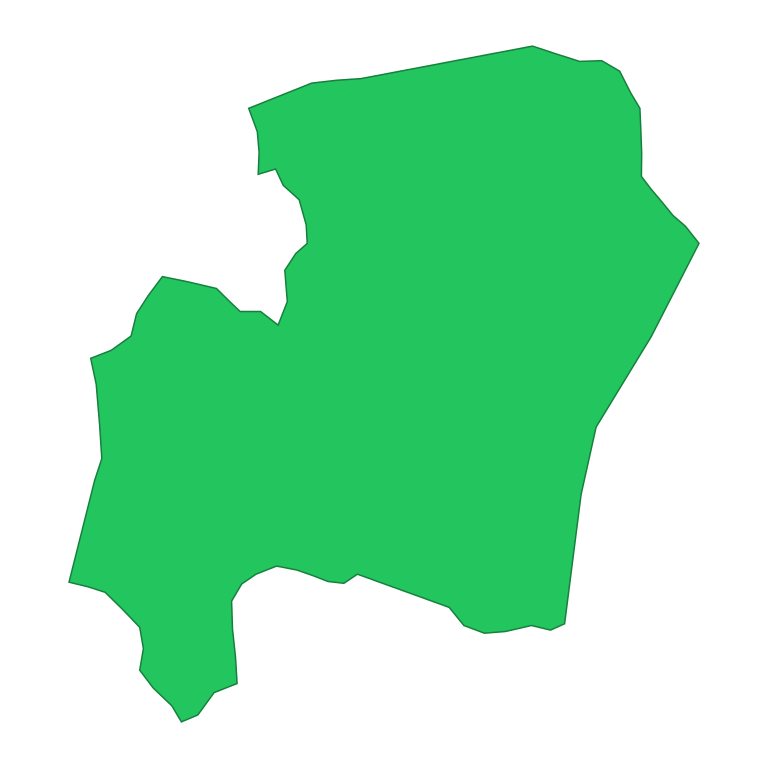 outline of Muniz Ferreira, Bahia, Brazil
{"feature_id": "56859067B35169228212454", "entity_name": "Muniz Ferreira", "entity_type": "district", "adm_level": 2, "iso_a3": "BRA", "parent_name": "Brazil", "parent_adm1": "Bahia", "projection": "robinson", "projection_center": [-39.098, -13.006], "detail": "fine", "context": "isolated", "style": "filled", "palette": "green", "viewbox_px": 768, "rotation_deg": 0, "n_neighbors": 0, "source": "geoboundaries", "source_scale": "gbopen_adm2", "svg_char_len": 1089}
<svg xmlns="http://www.w3.org/2000/svg" viewBox="0 0 768 768"><path d="M564.6,623.8L581.1,494.5L596.1,427.1L651.2,336.7L699.0,243.4L685.5,226.3L673.0,215.5L661.3,201.2L650.9,188.9L641.4,176.4L641.7,153.7L640.8,128.9L639.9,108.3L630.7,92.9L619.7,71.2L601.7,60.7L579.6,61.4L554.5,53.4L532.5,46.1L361.0,78.6L336.2,80.3L311.7,83.1L248.7,108.3L257.3,131.7L259.1,152.3L258.2,174.3L275.6,169.0L283.3,185.4L299.2,199.8L306.2,224.9L307.2,243.4L295.8,253.5L284.8,270.3L287.3,301.7L278.1,325.1L260.6,311.5L240.1,311.5L229.1,301.0L216.5,288.5L187.8,281.8L162.4,276.6L148.3,295.5L136.6,313.6L131.1,336.0L111.2,350.3L90.7,358.3L96.2,384.2L99.6,424.7L101.8,458.6L94.7,480.2L69.0,582.2L88.0,586.8L105.1,592.3L122.3,609.1L139.7,627.3L143.4,648.6L139.7,670.2L153.2,688.0L171.9,705.9L181.4,721.9L197.9,714.9L214.1,692.6L237.1,683.5L235.5,657.0L232.5,629.0L231.6,601.1L241.7,584.0L256.0,574.2L276.5,566.1L296.8,570.0L311.7,575.2L328.0,581.5L343.9,583.3L357.4,574.2L449.2,607.4L463.9,625.5L484.4,633.2L505.5,631.5L531.5,625.5L550.5,630.1L564.6,623.8Z" fill="#22c55e" stroke="#15803d" stroke-width="1.5"/></svg>